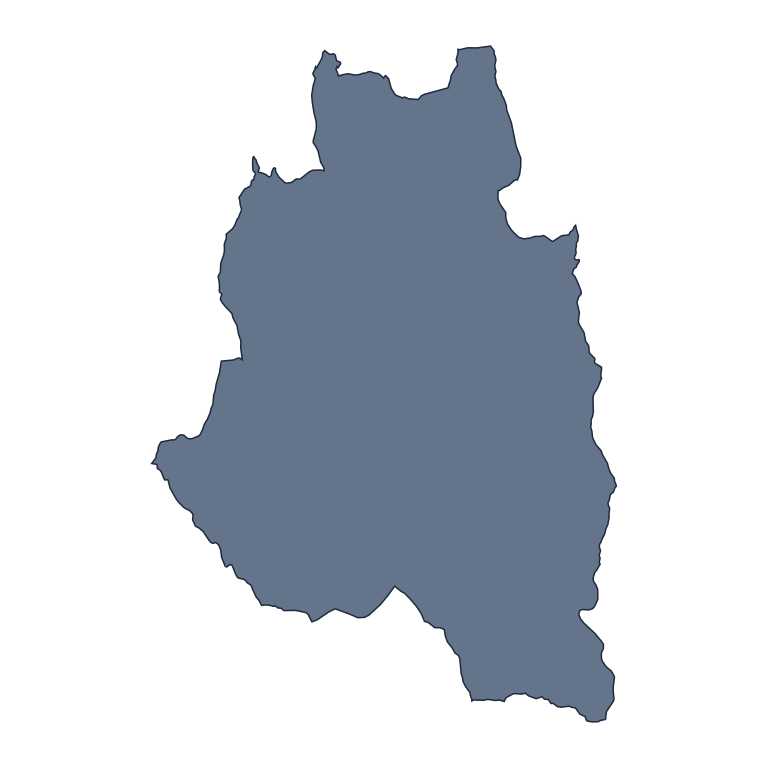 outline of Chilla, El Oro, Ecuador
{"feature_id": "8360857B68230797378495", "entity_name": "Chilla", "entity_type": "district", "adm_level": 2, "iso_a3": "ECU", "parent_name": "Ecuador", "parent_adm1": "El Oro", "projection": "equal_earth", "projection_center": [-79.628, -3.439], "detail": "fine", "context": "isolated", "style": "filled", "palette": "slate", "viewbox_px": 768, "rotation_deg": 0, "n_neighbors": 0, "source": "geoboundaries", "source_scale": "gbopen_adm2", "svg_char_len": 6048}
<svg xmlns="http://www.w3.org/2000/svg" viewBox="0 0 768 768"><path d="M471.8,701.0L473.6,700.0L483.6,700.3L487.6,699.4L495.9,700.5L499.1,700.0L504.2,701.5L505.4,698.8L506.7,697.3L513.1,693.9L514.7,693.6L521.8,694.1L525.4,693.2L528.5,695.8L536.2,698.7L542.0,696.7L544.3,699.1L548.3,699.5L550.8,703.3L551.8,703.6L552.7,703.1L557.6,706.7L561.3,707.2L569.0,706.2L571.9,707.4L575.4,707.9L579.7,714.0L585.1,716.7L586.2,719.8L587.2,721.1L592.4,721.9L598.4,721.7L600.2,720.5L605.3,719.5L605.8,718.5L605.7,715.7L606.3,713.8L606.4,711.7L613.4,701.2L614.0,698.9L613.3,692.2L613.2,687.5L614.5,677.0L613.3,674.4L611.0,670.7L607.8,668.2L605.2,665.5L602.1,660.8L601.5,658.4L601.3,654.2L601.9,651.5L603.2,649.1L603.5,646.8L603.4,644.2L602.4,642.5L595.2,633.7L584.0,623.2L580.6,619.0L579.0,615.1L578.9,613.3L579.8,610.7L580.7,610.0L583.0,609.5L588.6,610.0L592.6,608.7L594.6,606.4L597.8,599.5L597.7,589.5L595.9,584.8L593.4,581.1L593.2,577.7L594.7,572.6L597.0,569.6L600.1,564.2L599.2,562.0L600.1,558.4L599.2,555.4L600.5,550.7L599.4,547.3L599.4,545.5L599.8,543.8L600.9,542.4L601.8,539.6L604.7,533.9L605.9,528.9L607.8,524.6L609.1,517.5L609.0,513.3L609.6,509.6L609.6,508.2L608.2,504.8L608.0,503.1L609.3,499.9L610.2,495.2L610.8,494.1L613.4,492.1L615.0,487.7L616.3,486.3L615.9,484.2L614.6,481.4L614.3,478.3L610.4,472.6L608.9,468.9L607.4,463.2L602.7,455.1L601.1,450.7L595.9,444.6L592.6,437.8L591.9,431.4L590.7,426.7L591.2,424.3L591.1,419.9L592.6,416.2L593.4,411.1L593.0,402.2L593.2,396.4L594.1,393.5L597.6,388.1L601.6,378.0L600.7,376.1L601.6,368.3L601.4,367.1L594.7,363.1L594.4,361.4L594.9,359.5L594.7,358.2L591.0,354.8L589.3,352.6L588.7,345.7L585.7,341.4L584.0,332.5L579.3,324.6L578.7,323.0L578.4,320.6L579.4,312.6L576.9,302.1L578.7,297.1L581.2,293.8L581.1,291.4L578.5,284.2L574.8,276.3L572.2,273.4L574.0,268.8L576.2,267.3L576.8,265.5L579.3,261.4L579.0,259.5L576.6,260.1L575.0,259.3L574.5,258.5L574.7,256.1L575.6,254.7L576.1,252.8L575.7,249.4L576.4,246.2L576.3,243.3L578.0,240.3L577.9,238.6L578.5,236.1L576.4,229.3L575.6,225.3L574.3,226.6L572.6,230.4L570.2,232.0L569.0,234.8L561.7,235.7L552.5,241.6L544.6,236.0L543.4,235.5L540.8,236.3L535.0,236.4L529.3,238.2L523.5,238.8L518.5,237.2L512.9,231.7L510.5,228.8L507.4,223.7L505.8,217.7L505.7,212.4L499.9,203.9L498.1,199.5L497.9,196.9L498.3,190.5L499.7,190.4L503.1,187.8L508.7,185.4L513.3,181.3L515.5,179.9L517.5,179.9L519.6,174.6L520.7,166.7L520.8,159.0L520.5,157.4L516.2,146.4L511.3,122.5L506.6,109.7L506.4,105.9L505.4,102.7L503.4,97.6L502.1,95.6L501.0,91.4L500.5,90.6L500.0,90.8L498.5,88.5L496.0,82.7L495.9,80.2L494.9,76.4L495.9,71.7L494.7,65.5L495.9,60.6L495.6,57.5L494.3,54.2L494.1,50.9L490.6,46.1L477.1,47.9L467.7,47.8L459.6,49.7L457.9,49.3L458.1,52.5L456.2,59.7L457.4,63.1L457.4,66.2L456.6,66.6L454.6,69.4L451.1,75.7L450.7,79.0L447.9,87.9L425.1,94.1L421.4,95.8L418.4,99.5L408.3,98.7L404.8,97.1L402.3,97.8L396.0,95.3L394.4,93.6L391.2,88.3L388.7,78.8L385.7,75.6L384.8,76.1L383.6,78.1L381.0,75.5L378.2,73.6L374.3,73.0L370.4,71.6L368.3,71.7L365.4,73.2L363.6,73.1L359.0,74.6L355.2,75.1L348.0,73.7L342.2,74.8L341.0,75.8L340.2,75.2L338.4,76.0L337.7,73.3L335.8,68.8L336.8,67.7L337.0,66.6L338.0,67.9L339.9,65.0L340.6,63.7L340.5,62.8L339.8,61.9L337.1,61.0L336.4,60.0L335.3,55.1L334.1,54.0L332.9,53.7L331.7,54.3L329.4,54.2L324.7,50.6L322.9,52.5L322.4,56.6L321.3,59.3L316.6,67.9L315.6,66.6L314.5,70.3L312.9,73.2L313.2,74.8L315.3,78.3L313.2,85.6L311.7,95.2L312.3,102.2L313.9,112.4L316.1,121.2L316.3,124.5L316.3,128.9L313.4,139.9L313.2,142.7L316.4,147.5L318.0,150.9L320.7,162.3L323.8,167.6L324.1,170.7L320.3,170.0L312.8,170.2L309.3,171.8L300.1,179.1L296.2,179.0L291.4,182.5L286.5,183.2L284.7,182.5L279.0,177.1L276.0,172.3L275.3,169.7L275.6,168.4L274.7,167.9L273.8,168.0L273.1,168.9L272.0,171.4L271.3,175.2L270.2,176.6L269.5,176.8L268.6,176.8L266.2,174.7L261.2,172.6L259.4,172.6L258.2,171.7L259.4,168.0L256.6,162.3L256.1,160.0L254.4,157.9L254.0,156.7L253.2,157.1L252.8,158.2L252.6,162.2L252.8,169.1L253.5,171.4L255.3,172.9L255.5,174.3L254.2,176.7L253.9,179.2L252.2,180.2L251.4,181.3L250.9,184.8L250.4,186.0L244.5,189.2L238.9,197.7L239.8,200.6L240.2,204.6L241.4,208.6L241.4,210.4L239.1,215.8L238.8,217.3L237.2,219.2L234.8,225.1L232.7,228.6L226.1,234.3L226.5,237.7L224.3,244.2L224.4,250.6L223.8,254.6L220.8,263.2L220.3,272.2L218.1,276.3L219.3,282.7L219.5,288.7L219.2,291.1L219.6,292.2L221.4,293.5L221.7,294.6L220.5,298.2L220.5,299.6L222.2,302.6L225.1,306.3L231.9,313.5L233.1,318.2L237.1,325.9L238.4,333.7L240.9,340.8L240.7,347.6L242.3,359.8L239.6,358.0L237.5,358.3L233.5,360.0L221.3,361.1L219.6,372.2L216.2,384.0L215.1,390.9L213.7,395.0L212.9,404.3L211.0,408.8L210.2,412.6L207.8,418.2L207.4,419.8L206.9,419.9L204.4,424.1L202.3,430.3L199.9,434.9L199.1,435.7L193.1,438.3L189.8,438.9L187.1,438.1L183.9,435.2L181.9,434.8L179.6,435.1L177.1,437.2L175.9,439.0L174.3,439.9L171.4,439.9L161.3,441.9L159.8,443.8L158.4,447.0L157.9,450.7L156.5,454.0L155.9,457.8L151.7,463.5L156.7,464.4L157.2,465.3L157.4,468.5L159.8,470.1L161.3,472.0L164.4,479.6L165.2,480.1L167.1,479.6L168.0,480.0L170.1,488.2L176.3,499.2L178.4,502.0L183.1,506.9L185.8,508.8L189.4,510.4L192.3,513.3L193.1,515.4L192.6,518.9L192.8,520.3L195.5,526.2L199.2,528.1L203.4,531.8L208.7,539.9L210.9,542.5L212.7,543.3L215.4,542.6L217.0,543.4L218.8,545.2L220.8,550.4L221.6,557.3L225.3,566.4L226.7,567.0L229.7,564.8L231.7,564.9L232.6,566.5L235.9,574.8L238.0,577.9L244.6,579.6L247.8,583.3L250.5,584.7L251.7,586.7L252.5,589.1L256.2,597.1L259.4,600.9L261.3,605.1L262.3,605.4L265.5,604.9L270.4,605.4L273.2,606.3L275.5,606.1L278.1,608.0L281.0,608.2L283.9,610.6L295.5,610.4L304.7,612.3L306.7,613.1L308.3,614.7L311.9,621.9L316.9,620.0L328.8,612.0L335.2,608.8L349.5,614.1L357.8,617.7L364.5,617.4L368.8,615.2L380.4,604.6L388.4,594.9L394.6,586.2L400.9,591.2L404.6,593.3L410.0,598.8L416.4,606.3L421.2,613.6L424.5,621.4L428.1,622.4L434.8,627.7L439.9,627.7L444.3,629.5L445.2,635.5L447.3,641.8L452.2,647.9L455.1,653.2L458.3,655.3L459.1,656.6L459.9,659.9L461.2,673.9L462.5,677.7L463.0,681.4L465.6,686.7L469.9,692.4L470.4,695.4L471.8,699.2L471.8,701.0Z" fill="#64748b" stroke="#1e293b" stroke-width="1.5"/></svg>